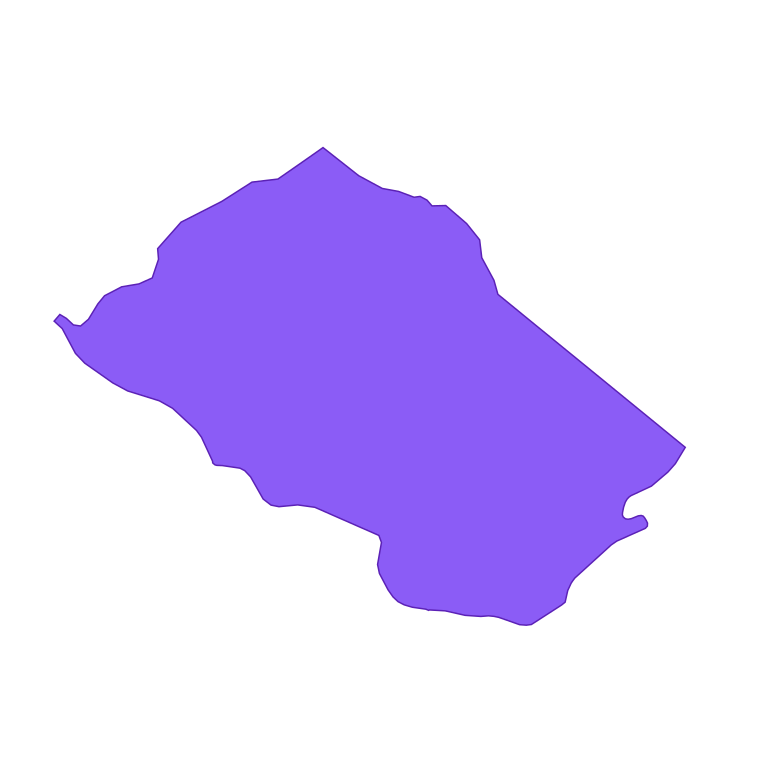 an SVG outline of Mali, rotated 220°
{"feature_id": "GIN-5652", "entity_name": "Mali", "entity_type": "Prefecture", "adm_level": 1, "iso_a3": "GIN", "parent_name": "Guinea", "parent_adm1": "", "projection": "robinson", "projection_center": [-12.225, 12.042], "detail": "fine", "context": "isolated", "style": "filled", "palette": "violet", "viewbox_px": 768, "rotation_deg": 220, "n_neighbors": 0, "source": "natural_earth", "source_scale": "10m", "svg_char_len": 1486}
<svg xmlns="http://www.w3.org/2000/svg" viewBox="0 0 768 768"><g transform="rotate(220 384 384)"><path d="M626.6,207.6L640.0,209.1L666.1,219.6L677.1,220.1L677.0,228.9L669.5,230.1L659.9,229.6L653.7,233.4L652.0,243.6L654.7,261.5L654.8,272.0L647.4,289.9L636.1,303.1L629.7,316.3L636.9,334.6L644.4,342.2L643.5,377.5L625.6,419.7L614.9,453.8L597.0,472.8L587.4,508.2L582.7,525.9L537.3,527.3L511.0,532.7L496.6,540.9L481.0,546.4L476.9,550.9L469.2,552.5L461.7,551.3L451.4,560.4L423.8,560.0L403.4,555.9L390.3,543.6L366.4,534.1L354.4,525.9L307.8,526.5L235.0,527.5L112.5,529.1L109.6,510.2L109.9,499.1L113.5,477.7L123.0,457.3L123.6,455.1L123.8,452.2L123.2,448.6L121.3,443.7L118.6,438.8L117.2,436.9L115.2,435.9L112.4,435.9L110.1,437.3L108.0,439.8L104.5,446.4L102.5,448.6L100.5,449.4L98.3,449.0L95.3,448.0L92.7,446.8L90.9,444.4L91.0,441.5L104.7,413.3L106.5,406.8L113.1,358.0L112.9,354.5L112.6,351.7L110.5,343.9L105.0,333.3L105.9,328.8L116.5,294.5L120.0,290.7L125.4,286.8L146.1,279.0L150.4,276.7L154.9,273.6L160.4,268.2L173.2,258.9L191.4,249.5L204.0,240.1L204.3,239.3L207.2,238.4L218.8,231.2L226.6,227.8L233.3,226.3L240.2,226.7L248.5,228.9L265.7,235.9L272.9,241.6L284.1,261.0L290.6,264.7L357.7,245.1L372.4,235.9L385.6,222.5L392.7,218.6L402.6,218.2L426.5,227.1L435.0,228.1L440.3,226.9L455.4,217.6L459.8,214.2L461.5,213.4L464.2,213.4L465.0,213.9L465.6,214.6L489.6,225.9L497.8,227.9L530.3,229.5L545.3,226.7L575.9,213.9L592.4,210.5L626.6,207.6Z" fill="#8b5cf6" stroke="#5b21b6" stroke-width="1.5"/></g></svg>